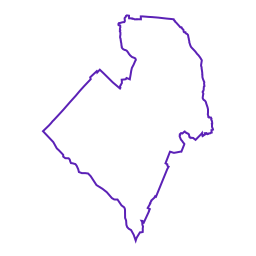 Cristesti, Suceava, Romania (Mercator projection)
{"feature_id": "2599482B22632955196999", "entity_name": "Cristesti", "entity_type": "district", "adm_level": 2, "iso_a3": "ROU", "parent_name": "Romania", "parent_adm1": "Suceava", "projection": "mercator", "projection_center": [26.592, 47.273], "detail": "fine", "context": "isolated", "style": "outline", "palette": "violet", "viewbox_px": 256, "rotation_deg": 0, "n_neighbors": 0, "source": "geoboundaries", "source_scale": "gbopen_adm2", "svg_char_len": 5631}
<svg xmlns="http://www.w3.org/2000/svg" viewBox="0 0 256 256"><path d="M211.7,132.4L211.5,131.0L211.6,130.5L211.5,130.2L213.0,129.6L212.9,129.1L212.6,128.4L212.3,127.6L212.0,126.8L212.0,125.4L212.1,124.3L211.9,124.2L211.8,123.8L211.8,123.7L212.2,123.4L212.2,123.2L212.1,122.1L211.9,121.2L211.8,120.6L211.5,120.2L211.3,119.7L211.2,119.3L211.5,118.8L211.4,118.6L211.1,117.9L210.9,117.5L209.1,117.5L208.9,116.9L208.5,116.8L208.3,116.8L208.3,116.1L208.1,115.3L207.8,114.2L207.9,113.6L208.0,113.0L208.0,111.9L208.0,109.3L207.5,107.2L206.1,103.1L206.0,102.4L205.5,101.4L205.0,100.8L204.6,100.4L203.7,99.9L202.8,98.5L202.7,97.9L202.7,97.4L202.8,96.9L202.9,96.0L203.0,95.5L203.1,94.6L203.3,94.2L203.3,93.5L202.9,92.7L202.7,92.4L202.7,92.0L202.7,91.6L202.9,91.3L203.2,91.2L203.3,90.7L203.6,90.1L203.7,89.5L203.7,88.5L203.9,86.5L204.1,86.2L204.4,86.1L204.4,85.9L204.3,85.2L204.2,84.5L204.1,83.7L204.1,83.0L204.2,82.6L204.3,82.3L204.2,81.9L203.7,81.0L203.6,80.5L203.2,79.7L202.7,78.2L202.4,77.0L202.4,75.0L202.3,74.9L202.3,74.7L202.2,74.4L202.3,74.1L202.2,72.4L201.7,68.8L201.6,68.2L201.6,67.5L201.5,67.0L201.3,66.4L201.1,65.9L201.1,65.3L201.1,64.9L201.4,63.0L201.5,62.3L201.6,61.7L201.7,61.1L201.8,60.6L201.7,60.1L200.2,57.6L199.4,56.5L198.4,55.2L197.1,53.9L195.3,51.5L194.0,50.1L191.6,47.6L191.1,47.0L190.8,46.5L190.7,46.1L190.4,45.7L190.0,44.4L189.6,43.2L189.3,42.4L189.3,41.3L189.2,40.9L188.9,39.7L188.8,39.2L188.8,38.8L188.3,36.9L188.3,36.3L187.9,34.8L187.0,33.9L186.7,33.8L186.4,33.7L186.0,33.4L185.8,33.3L185.5,32.9L185.5,32.5L185.5,32.3L185.3,32.2L184.9,32.2L184.5,32.3L184.1,32.2L183.7,31.7L183.4,29.8L183.3,29.6L182.3,28.8L182.0,28.4L181.9,28.3L181.7,27.8L181.7,27.5L181.2,27.2L180.7,27.2L180.4,27.3L179.9,26.9L179.5,26.3L175.9,22.3L175.6,22.1L175.2,21.8L175.0,21.4L175.0,21.2L174.8,20.8L174.6,20.6L174.2,20.5L174.1,20.3L174.0,20.1L173.7,19.3L171.2,19.0L166.9,18.6L158.2,17.6L152.2,17.1L148.6,16.9L142.6,16.4L140.8,16.4L140.8,16.7L140.8,17.4L140.9,18.4L140.9,18.7L140.9,19.3L136.8,19.2L136.8,19.3L134.5,19.3L133.6,18.8L132.3,18.8L132.1,18.4L129.1,18.3L129.0,17.0L129.0,15.7L127.7,15.5L126.8,15.4L126.6,15.5L126.3,15.9L126.0,16.0L125.9,16.5L125.6,17.0L124.7,18.0L124.6,18.6L124.9,21.0L124.7,21.3L124.5,21.5L124.3,22.1L122.9,22.2L122.0,22.4L119.6,23.1L119.1,23.0L118.7,23.4L118.4,24.0L118.4,24.3L118.5,24.8L118.5,25.0L119.0,25.3L119.6,25.3L119.9,25.4L120.0,25.4L120.2,25.5L120.3,27.6L120.1,28.0L119.9,28.8L119.9,29.3L120.1,29.6L120.2,29.9L120.3,30.3L120.2,30.6L120.0,30.8L119.8,31.0L119.9,31.6L120.3,32.1L120.4,32.5L120.4,33.5L120.4,34.9L120.2,35.7L120.1,37.1L120.2,37.9L120.6,38.8L120.7,39.3L120.6,39.9L120.9,40.8L120.9,41.8L121.0,41.9L121.1,42.4L121.3,43.4L121.4,44.4L121.5,45.5L121.5,45.8L121.7,46.1L121.8,46.4L121.7,46.9L121.7,47.2L121.8,47.4L121.9,47.7L122.4,48.4L122.7,48.7L122.9,48.9L123.2,49.2L123.8,49.5L124.5,49.9L125.1,50.0L125.6,50.1L126.1,50.4L126.5,50.6L126.8,50.8L127.1,51.2L127.9,52.2L128.5,53.1L128.7,53.6L129.0,54.0L129.3,54.3L129.6,54.6L129.9,55.2L130.3,55.5L131.1,56.2L131.6,56.7L132.4,57.2L133.1,57.4L133.9,57.7L135.3,58.4L135.8,59.6L135.8,60.0L135.2,61.0L133.6,64.7L131.9,67.9L131.2,70.9L130.6,74.7L129.9,78.6L129.8,79.3L128.6,78.8L126.5,78.0L125.8,79.2L124.8,79.4L121.7,79.7L121.9,82.1L121.8,83.3L121.2,84.1L120.7,85.3L120.4,85.4L120.3,85.6L120.2,86.1L119.8,86.9L120.4,87.6L120.4,87.8L120.3,88.0L120.0,88.5L112.8,82.4L103.7,73.4L99.8,69.7L97.3,72.4L97.2,71.9L97.1,71.6L96.8,71.1L90.2,77.3L90.7,79.2L83.5,86.8L83.0,87.4L81.7,88.8L79.4,91.4L75.7,95.8L70.0,102.1L63.2,109.9L57.7,115.9L53.4,120.5L52.8,121.0L51.0,123.2L49.0,125.4L43.0,131.2L46.6,135.0L53.3,142.1L56.8,148.4L58.9,150.3L63.2,154.8L63.2,156.6L65.3,158.2L68.6,158.3L69.7,159.5L70.3,161.6L71.0,163.1L72.6,163.3L75.4,164.1L76.6,165.7L78.2,169.2L78.9,172.0L81.8,173.1L85.0,173.1L88.1,173.5L90.7,176.2L96.5,185.1L102.6,188.9L106.8,192.2L111.9,198.1L114.1,199.4L114.7,199.5L117.5,199.5L121.5,205.4L124.1,207.3L124.7,208.4L125.0,209.7L125.1,217.9L126.1,220.5L126.4,224.9L127.2,227.1L128.7,228.7L131.1,230.1L133.7,234.8L135.7,240.6L136.6,237.8L140.0,232.3L141.3,232.3L142.7,232.0L142.8,230.0L142.7,228.8L143.0,226.5L142.7,225.6L142.5,225.1L142.3,224.1L142.3,223.8L142.3,223.3L142.3,223.0L142.3,222.6L142.1,221.9L141.5,220.8L142.3,220.9L142.6,221.0L143.0,221.9L143.3,222.9L143.3,223.6L149.0,211.3L148.9,211.1L149.8,209.1L148.8,208.6L148.2,208.3L147.7,208.0L150.3,203.5L150.0,203.2L151.4,200.8L151.3,200.5L154.8,197.3L154.6,197.2L155.2,196.2L156.0,196.7L162.4,181.0L167.3,169.0L168.6,166.7L167.9,166.3L167.4,165.6L167.3,165.1L167.3,164.3L165.5,163.3L170.0,151.7L170.8,151.9L173.6,152.8L174.0,152.8L174.3,152.8L176.6,152.4L180.7,151.6L181.1,151.5L181.4,151.6L184.3,144.3L184.3,144.0L184.3,143.8L183.0,142.3L182.4,141.3L181.3,140.0L180.9,139.5L179.7,136.5L179.6,135.9L180.1,135.1L179.8,134.3L181.0,133.1L181.5,133.1L182.0,133.5L182.4,133.5L184.2,131.8L184.7,131.5L184.9,131.8L185.5,132.4L186.0,132.5L186.4,133.0L186.5,133.1L187.6,133.3L188.0,133.8L188.6,134.0L188.8,134.5L189.0,134.7L189.1,135.2L189.1,135.6L189.4,136.3L189.3,136.8L189.9,137.5L190.2,137.4L190.5,137.5L190.9,137.9L191.1,137.7L193.3,138.0L194.0,138.7L194.9,139.3L195.2,139.6L195.4,139.6L195.6,139.8L201.5,133.8L202.0,133.1L202.1,133.9L202.3,134.5L202.4,135.4L202.6,136.1L202.8,136.0L203.0,135.8L203.7,135.3L204.0,135.1L204.0,134.9L204.3,134.8L204.3,134.6L204.5,134.5L204.6,134.4L204.8,134.4L205.1,134.4L205.3,134.2L205.4,133.9L205.3,133.5L205.1,133.2L206.3,133.1L206.4,133.5L207.0,133.6L206.9,134.0L207.1,134.1L207.4,134.2L207.6,134.1L208.1,134.0L208.6,133.7L209.1,133.3L209.9,133.4L210.3,133.2L210.8,133.0L210.9,132.7L211.2,132.4L211.7,132.4Z" fill="none" stroke="#5b21b6" stroke-width="2"/></svg>